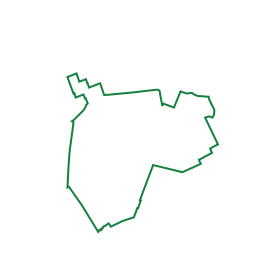 Cerat, Dolj, Romania, rotated 325°
{"feature_id": "2599482B26684248362389", "entity_name": "Cerat", "entity_type": "district", "adm_level": 2, "iso_a3": "ROU", "parent_name": "Romania", "parent_adm1": "Dolj", "projection": "robinson", "projection_center": [23.663, 44.074], "detail": "fine", "context": "isolated", "style": "outline", "palette": "green", "viewbox_px": 256, "rotation_deg": 325, "n_neighbors": 0, "source": "geoboundaries", "source_scale": "gbopen_adm2", "svg_char_len": 1242}
<svg xmlns="http://www.w3.org/2000/svg" viewBox="0 0 256 256"><g transform="rotate(325 128 128)"><path d="M192.3,193.0L193.9,183.1L197.1,163.8L200.7,164.7L203.2,167.9L206.1,166.4L207.0,165.4L209.2,162.5L210.1,156.2L211.0,150.6L212.0,148.6L208.5,145.9L206.9,144.3L205.2,143.3L203.2,141.4L201.5,138.7L200.5,136.0L198.2,134.6L196.2,133.7L192.1,128.5L192.0,128.2L177.4,137.6L170.9,128.3L169.3,129.2L169.1,128.9L175.2,115.4L173.9,113.3L151.2,101.0L131.5,89.8L127.4,87.3L130.8,75.4L119.3,72.5L120.6,68.3L120.2,68.2L121.5,63.9L114.7,62.1L117.1,53.8L107.6,51.5L103.1,68.5L104.1,68.6L102.6,73.0L110.7,75.0L109.7,79.2L110.4,79.5L109.0,84.9L106.9,85.1L105.3,86.5L101.0,88.1L88.3,90.3L85.9,90.3L86.6,92.2L86.4,92.3L80.8,98.5L67.7,112.6L58.0,124.4L44.3,142.0L45.9,142.1L45.9,164.5L44.0,196.0L44.9,195.8L45.7,195.1L46.0,195.2L46.3,195.3L46.6,195.9L46.9,196.1L47.4,196.2L47.5,196.2L47.5,195.4L47.6,195.2L48.7,195.1L49.2,195.5L49.3,195.6L49.7,195.6L49.8,195.6L49.8,195.3L51.7,194.5L52.6,195.0L57.4,195.0L57.4,199.0L70.0,201.0L77.3,203.2L81.3,204.5L81.9,204.3L89.8,198.9L90.5,199.4L96.9,194.7L96.3,194.0L109.7,184.8L127.3,172.8L147.2,195.4L167.1,199.1L167.8,194.7L182.5,196.6L183.5,191.9L192.3,193.0Z" fill="none" stroke="#15803d" stroke-width="2"/></g></svg>